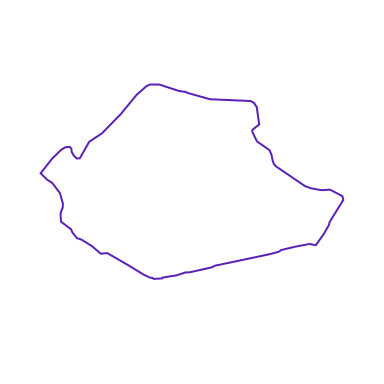 outline of San Carlos Alzatate, Jalapa, Guatemala, rotated 309°
{"feature_id": "79465075B59357563721623", "entity_name": "San Carlos Alzatate", "entity_type": "district", "adm_level": 2, "iso_a3": "GTM", "parent_name": "Guatemala", "parent_adm1": "Jalapa", "projection": "natural_earth1", "projection_center": [-90.078, 14.475], "detail": "fine", "context": "isolated", "style": "outline", "palette": "violet", "viewbox_px": 384, "rotation_deg": 309, "n_neighbors": 0, "source": "geoboundaries", "source_scale": "gbopen_adm2", "svg_char_len": 1102}
<svg xmlns="http://www.w3.org/2000/svg" viewBox="0 0 384 384"><g transform="rotate(309 192 192)"><path d="M228.6,321.7L242.5,320.8L252.4,319.2L255.4,317.8L281.0,314.6L283.4,311.5L280.7,297.8L275.5,292.2L274.3,290.4L270.0,282.6L267.7,276.3L264.8,241.7L265.1,238.4L267.2,234.9L268.5,233.3L269.8,231.7L271.0,230.3L273.3,225.9L272.2,210.7L276.9,200.6L278.6,199.9L286.8,201.7L299.0,188.6L299.4,186.2L300.3,184.6L299.6,180.3L275.4,147.6L266.3,126.4L265.7,123.8L262.4,118.6L255.0,99.1L249.0,91.6L245.5,90.0L232.8,87.8L207.7,87.6L180.9,85.1L166.4,80.5L147.6,83.6L145.5,81.4L146.0,76.9L147.5,73.2L149.6,71.2L150.2,68.7L146.8,65.2L141.9,63.7L129.7,62.3L111.3,62.6L110.4,71.5L111.1,77.8L108.0,90.1L101.8,98.9L98.4,101.4L94.1,102.7L92.7,103.4L91.6,104.2L86.5,108.9L86.9,121.6L85.4,124.2L83.7,131.6L85.4,135.9L87.0,148.8L86.6,159.9L91.2,164.6L95.1,189.3L97.3,206.1L99.0,213.3L100.3,215.2L100.4,217.0L106.0,223.1L107.1,223.1L117.3,232.3L125.2,237.4L128.0,240.6L145.9,254.8L149.4,256.4L193.2,292.0L200.3,297.1L203.0,297.8L214.2,306.4L225.6,316.1L228.6,321.7Z" fill="none" stroke="#5b21b6" stroke-width="2"/></g></svg>